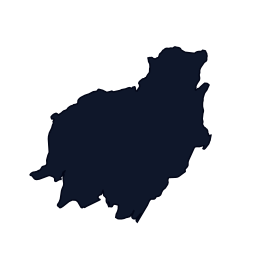 the border of Kalimantan Tengah, rotated 15°
{"feature_id": "IDN-1931", "entity_name": "Kalimantan Tengah", "entity_type": "Province", "adm_level": 1, "iso_a3": "IDN", "parent_name": "Indonesia", "parent_adm1": "", "projection": "equal_earth", "projection_center": [113.429, -1.416], "detail": "fine", "context": "isolated", "style": "filled", "palette": "ink", "viewbox_px": 256, "rotation_deg": 15, "n_neighbors": 0, "source": "natural_earth", "source_scale": "10m", "svg_char_len": 5820}
<svg xmlns="http://www.w3.org/2000/svg" viewBox="0 0 256 256"><g transform="rotate(15 128 128)"><path d="M161.3,216.5L160.6,216.1L160.1,215.6L159.8,214.9L159.8,214.1L160.2,213.4L160.8,213.1L161.0,212.6L161.8,209.7L162.6,208.4L162.9,207.7L163.1,206.7L161.8,208.3L160.6,210.9L159.3,213.3L157.3,214.2L156.2,214.1L155.3,213.6L154.7,212.7L154.6,211.2L155.2,206.9L155.1,205.8L154.8,206.6L154.5,208.6L154.4,209.6L154.3,209.8L153.8,210.2L152.6,213.1L150.6,214.3L149.5,214.8L147.5,216.3L145.2,217.4L141.9,218.2L139.3,217.5L139.0,214.2L139.4,212.4L139.6,210.6L139.6,208.7L138.9,205.6L138.6,205.1L138.0,204.9L135.2,204.9L134.5,205.1L133.9,205.5L133.4,206.2L133.0,207.9L132.5,208.3L130.6,208.6L130.2,208.4L129.9,207.9L129.7,206.3L129.4,205.5L129.0,204.8L128.5,204.6L129.9,208.3L130.1,209.4L128.4,206.9L127.0,205.7L126.5,205.2L126.2,204.7L125.7,203.4L125.5,202.0L125.3,201.6L124.6,200.9L123.9,200.3L122.9,199.9L122.0,199.3L119.8,194.1L119.9,197.2L119.3,199.1L118.9,199.5L118.4,199.5L118.1,199.7L117.0,201.2L116.8,202.1L117.0,203.0L117.7,203.8L118.0,204.0L119.4,204.3L119.4,204.6L108.0,214.5L106.9,215.7L106.3,216.0L105.1,215.7L104.9,215.9L104.8,216.3L104.6,216.7L103.9,216.9L103.2,216.7L98.9,212.4L97.5,211.6L96.0,211.2L92.8,211.9L90.0,214.2L85.3,220.5L83.9,222.0L83.1,222.5L82.5,222.5L81.9,222.0L80.4,221.4L79.9,220.8L79.9,219.9L80.6,218.0L80.8,217.1L81.1,214.3L81.0,213.3L80.1,205.8L80.2,203.8L80.7,200.2L80.4,198.3L78.4,193.4L78.2,191.7L78.2,189.8L77.6,189.3L77.5,188.9L77.6,188.0L78.1,186.8L78.1,186.0L77.7,186.3L77.2,186.9L76.7,187.6L76.6,188.3L76.8,190.8L76.7,191.3L76.1,192.0L75.5,192.9L75.5,193.2L75.6,193.6L76.0,193.8L76.5,194.5L76.6,194.8L76.5,195.0L76.2,195.0L74.7,195.8L72.6,197.9L72.2,198.2L71.6,198.3L71.0,198.0L70.7,197.3L70.4,195.9L69.4,194.9L68.2,194.4L65.4,194.1L64.2,194.2L63.3,194.7L55.6,200.2L53.2,201.3L51.7,201.5L50.6,201.1L47.9,199.1L47.3,198.9L46.1,198.9L45.6,198.6L45.7,198.0L46.0,197.3L46.3,196.8L47.3,195.7L48.3,195.1L49.5,194.6L52.2,193.1L52.5,193.1L52.3,192.5L53.5,191.8L53.8,191.5L54.5,190.2L55.0,188.3L55.3,187.6L55.8,187.2L58.1,185.8L58.7,184.8L58.9,184.3L58.9,183.6L58.8,182.9L58.5,182.0L58.1,180.9L57.9,180.3L57.8,179.0L57.8,175.0L58.2,172.4L58.1,171.4L54.0,159.2L53.5,156.8L53.4,153.8L53.4,153.0L54.4,147.8L54.4,144.7L54.7,143.0L54.7,142.4L54.5,141.9L54.1,141.3L54.0,141.0L54.3,139.9L54.3,139.3L54.2,138.7L53.9,138.4L53.7,138.3L52.3,139.0L52.0,138.9L51.6,138.5L51.3,138.0L51.0,137.5L50.9,137.0L51.0,136.7L51.2,136.3L52.2,134.6L52.8,133.9L54.0,132.9L54.7,132.5L55.3,132.5L56.6,132.9L57.1,133.3L57.5,133.3L57.9,133.0L59.1,131.4L59.7,130.9L60.8,129.1L61.5,128.2L63.1,127.1L64.2,126.2L64.9,124.3L65.3,123.6L65.6,123.3L66.3,122.4L67.1,121.6L69.0,120.4L69.5,119.6L71.3,118.8L72.4,118.0L72.8,117.5L73.1,116.7L73.0,116.1L72.7,114.8L72.7,114.3L72.8,113.7L73.0,113.1L74.0,111.4L74.8,110.5L78.0,107.6L81.6,105.2L85.1,102.0L88.0,100.8L88.9,99.8L89.1,98.9L89.3,98.5L89.6,98.3L90.0,98.2L93.9,98.2L95.6,98.6L96.9,98.8L98.0,99.1L98.5,99.0L101.5,97.4L102.7,96.6L103.1,96.6L104.1,96.9L104.9,96.8L110.7,93.8L111.9,92.7L115.2,91.1L116.2,90.5L117.1,89.7L118.8,88.7L119.5,88.6L120.6,88.8L121.4,88.7L122.2,87.3L122.7,87.1L123.6,86.5L123.9,86.5L124.4,87.1L125.1,88.7L126.0,89.9L126.3,90.1L127.0,90.1L127.3,89.7L127.8,87.4L128.5,85.6L128.5,85.0L128.5,84.5L127.9,83.1L127.7,82.8L127.1,82.4L126.9,82.1L126.8,81.8L126.9,80.8L127.5,79.5L129.3,77.0L129.7,76.7L131.0,76.1L131.8,74.9L132.5,74.6L132.7,74.3L132.8,73.3L133.3,71.5L134.3,69.1L134.3,68.0L133.6,64.9L133.6,63.7L133.4,63.0L132.7,60.9L132.3,60.2L131.1,58.9L130.7,58.4L130.1,56.9L129.2,55.2L130.4,54.5L131.6,54.2L132.5,53.8L133.2,53.8L134.3,54.4L135.3,54.3L136.0,54.5L136.4,54.3L136.8,54.0L137.9,52.8L138.2,52.6L139.0,52.3L139.2,51.8L139.4,50.8L139.4,49.3L139.5,48.6L139.7,47.9L140.7,46.6L141.6,44.2L141.9,43.7L142.6,43.1L143.2,42.1L144.0,41.4L144.9,41.0L147.0,40.6L148.4,39.8L150.3,39.4L150.7,39.2L151.0,38.9L151.8,37.9L152.4,37.5L152.9,37.5L154.3,37.5L155.7,37.3L157.2,37.4L158.1,37.8L158.9,38.7L159.4,39.0L163.5,40.1L172.8,38.7L173.5,38.1L174.2,37.2L175.2,36.4L176.8,35.7L178.4,35.3L179.1,34.9L179.4,34.7L179.7,34.0L180.0,33.6L182.1,33.5L182.6,33.5L183.0,33.7L183.2,34.0L183.5,34.7L184.4,35.4L184.7,35.8L185.2,37.1L185.5,37.6L185.7,38.0L185.8,39.9L186.3,41.5L186.3,41.9L186.3,42.5L186.1,43.1L184.6,44.9L182.8,49.9L182.4,51.5L182.3,52.2L182.3,54.0L182.9,56.0L182.9,58.2L184.2,61.2L184.4,62.4L184.4,62.9L184.4,63.4L183.3,66.7L182.8,68.9L182.7,70.2L182.8,70.6L183.1,71.2L183.1,71.6L183.0,72.7L183.1,73.2L183.4,73.8L183.9,73.7L185.0,72.2L186.6,71.1L187.0,70.4L187.3,69.7L189.9,65.7L190.7,64.8L191.2,64.8L192.8,64.5L194.8,65.2L195.1,65.5L195.1,65.8L194.8,67.2L194.3,70.7L193.3,73.3L193.0,74.0L192.8,75.6L192.7,78.8L192.7,79.6L193.3,82.0L193.4,84.2L194.0,86.7L194.5,88.3L196.2,91.4L196.4,92.1L196.5,92.9L196.5,94.7L197.3,99.9L197.5,100.4L198.5,102.2L198.7,102.9L198.8,104.8L199.0,105.3L200.7,107.1L201.4,107.6L202.5,107.9L203.5,108.6L204.3,108.8L205.1,109.5L205.7,110.4L206.3,112.1L207.1,112.9L207.4,113.6L207.9,114.3L208.3,114.5L209.3,113.8L210.0,113.5L210.4,118.9L210.2,119.5L210.1,121.7L209.9,122.7L208.2,126.8L207.7,127.8L207.2,128.5L206.8,128.7L205.8,128.5L206.1,126.5L206.1,125.9L205.9,125.6L205.5,125.6L204.7,125.8L201.8,127.5L199.2,128.1L197.7,128.8L197.4,129.2L197.1,129.7L196.9,130.6L194.8,143.3L194.7,144.8L194.9,146.1L195.5,148.4L195.4,149.4L194.9,150.9L194.3,151.9L193.9,152.8L193.8,153.3L194.5,155.3L189.9,161.1L188.8,162.2L188.0,162.7L186.5,163.3L180.7,165.1L179.9,165.7L179.8,167.9L180.4,169.5L180.7,170.0L180.8,172.0L180.7,172.5L180.1,174.3L179.5,176.2L178.0,178.3L177.6,179.1L177.1,180.9L176.8,183.8L176.5,184.5L175.4,185.8L173.2,186.9L172.9,187.2L172.7,187.5L172.7,188.0L172.5,188.7L172.2,189.2L171.8,189.7L171.1,190.0L168.6,190.7L168.4,190.9L167.6,192.3L167.3,193.4L166.6,197.6L161.3,216.5Z" fill="#0f172a" stroke="#020617" stroke-width="1.5"/></g></svg>